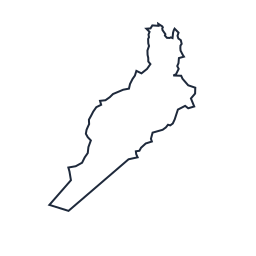 outline of Selladi tou Appi, Nicosia, Cyprus, rotated 35°
{"feature_id": "46923920B45268143409663", "entity_name": "Selladi tou Appi", "entity_type": "district", "adm_level": 2, "iso_a3": "CYP", "parent_name": "Cyprus", "parent_adm1": "Nicosia", "projection": "albers", "projection_center": [32.619, 35.151], "detail": "fine", "context": "isolated", "style": "outline", "palette": "slate", "viewbox_px": 256, "rotation_deg": 35, "n_neighbors": 0, "source": "geoboundaries", "source_scale": "gbopen_adm2", "svg_char_len": 1367}
<svg xmlns="http://www.w3.org/2000/svg" viewBox="0 0 256 256"><g transform="rotate(35 128 128)"><path d="M101.8,194.6L105.0,197.2L111.2,203.5L107.7,236.1L126.8,230.0L146.4,153.3L152.7,146.5L149.7,144.7L147.8,142.6L150.4,140.1L150.0,136.7L151.4,130.5L155.3,125.4L153.0,123.7L150.8,117.7L157.4,109.6L158.7,105.8L158.9,102.4L161.1,101.6L162.1,98.6L161.3,94.1L158.3,84.3L162.1,77.1L166.0,77.3L169.9,72.4L162.6,67.7L163.2,61.3L160.0,56.4L152.8,58.5L144.4,56.4L141.6,54.7L135.0,59.0L136.5,56.4L135.6,50.5L132.8,49.0L132.2,46.0L129.6,41.5L132.9,37.5L130.7,36.6L126.7,34.5L125.1,32.6L123.7,30.4L123.7,28.3L120.9,25.8L117.9,25.8L115.7,24.1L114.7,20.9L109.2,19.9L109.4,21.5L110.2,24.0L112.9,28.8L111.1,29.2L110.5,30.3L108.2,31.8L105.2,31.1L104.8,29.7L100.1,28.0L98.9,26.7L98.8,25.6L97.8,25.1L93.0,25.3L94.4,26.8L89.1,30.0L89.3,33.5L86.1,36.1L90.5,36.9L91.2,39.7L93.1,41.6L93.4,43.5L96.1,47.1L98.2,48.8L99.5,53.4L102.1,56.9L104.4,59.0L106.5,61.9L109.7,62.8L109.7,68.7L107.7,75.5L102.1,76.4L103.6,81.1L103.6,85.2L104.4,90.8L106.2,95.2L102.1,99.4L100.3,102.3L98.6,105.0L96.2,108.8L95.4,113.2L93.6,118.2L89.5,121.8L92.7,124.4L90.1,129.1L90.1,134.5L90.7,138.9L91.2,143.6L93.9,147.1L94.5,150.4L95.1,153.3L96.8,156.9L100.3,158.6L104.7,159.5L106.5,166.3L109.4,171.6L109.4,176.9L110.3,182.8L107.1,189.3L101.8,194.6L101.8,194.6Z" fill="none" stroke="#1e293b" stroke-width="2"/></g></svg>